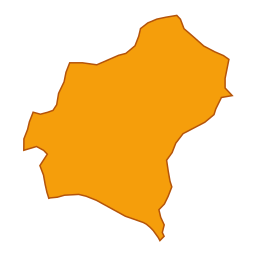 Phyongsan, Hwanghae-bukto, North Korea (Mercator projection)
{"feature_id": "82179303B46729479227191", "entity_name": "Phyongsan", "entity_type": "district", "adm_level": 2, "iso_a3": "PRK", "parent_name": "North Korea", "parent_adm1": "Hwanghae-bukto", "projection": "mercator", "projection_center": [126.356, 38.335], "detail": "fine", "context": "isolated", "style": "filled", "palette": "amber", "viewbox_px": 256, "rotation_deg": 0, "n_neighbors": 0, "source": "geoboundaries", "source_scale": "gbopen_adm2", "svg_char_len": 1020}
<svg xmlns="http://www.w3.org/2000/svg" viewBox="0 0 256 256"><path d="M232.2,95.6L225.1,88.0L225.1,78.4L228.9,59.4L223.5,55.6L214.5,51.7L203.7,46.0L192.9,36.4L184.0,28.7L180.4,19.2L176.8,15.4L166.0,17.2L156.9,19.1L147.8,22.9L140.5,28.6L140.1,30.5L138.7,36.3L135.0,45.8L125.9,53.4L118.6,55.3L96.8,64.8L82.4,62.8L69.7,62.8L66.0,72.3L64.1,81.8L58.6,93.3L56.7,104.7L53.0,110.4L47.6,112.3L40.4,114.2L33.1,112.2L32.6,113.6L29.4,121.8L27.6,129.4L23.9,138.9L23.8,150.3L36.5,146.5L43.7,150.4L47.3,154.2L43.6,159.9L39.9,165.6L43.5,175.1L45.2,184.6L46.9,192.2L48.2,196.3L48.8,198.3L50.2,197.9L57.4,197.2L64.5,195.2L78.7,194.4L86.1,196.2L96.4,200.3L125.3,216.2L143.3,222.5L146.4,224.2L150.0,227.2L153.2,230.5L158.3,237.6L159.9,240.6L164.1,236.3L162.3,232.5L164.2,224.9L160.7,217.3L158.9,209.7L164.4,204.0L168.1,196.4L171.8,186.9L170.0,181.2L168.3,171.6L166.6,160.2L172.1,152.6L175.8,143.1L183.1,133.6L194.0,127.9L204.9,122.2L214.0,114.6L215.8,108.9L221.4,97.5L232.2,95.6Z" fill="#f59e0b" stroke="#b45309" stroke-width="1.5"/></svg>